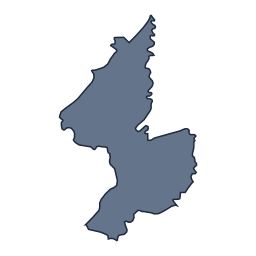 Pando, Canelones, Uruguay (Albers equal-area conic projection)
{"feature_id": "84410073B3129113216755", "entity_name": "Pando", "entity_type": "district", "adm_level": 2, "iso_a3": "URY", "parent_name": "Uruguay", "parent_adm1": "Canelones", "projection": "albers", "projection_center": [-55.95, -34.701], "detail": "fine", "context": "isolated", "style": "filled", "palette": "slate", "viewbox_px": 256, "rotation_deg": 0, "n_neighbors": 0, "source": "geoboundaries", "source_scale": "gbopen_adm2", "svg_char_len": 3552}
<svg xmlns="http://www.w3.org/2000/svg" viewBox="0 0 256 256"><path d="M108.3,239.0L109.3,238.7L110.6,238.4L113.3,238.6L115.4,239.7L116.8,240.6L117.3,240.2L117.5,238.7L118.0,236.8L118.8,235.5L120.5,234.9L124.0,234.4L126.5,232.2L127.1,230.2L126.3,227.8L125.1,224.5L124.5,222.0L126.4,221.2L128.4,222.2L130.8,222.1L132.7,220.7L134.0,217.6L133.7,214.4L137.9,210.4L139.8,210.5L142.1,211.6L144.2,211.5L146.2,212.0L150.8,212.7L154.4,213.9L158.7,213.6L164.4,210.7L171.5,206.3L175.4,205.1L176.9,205.6L173.4,201.3L172.9,199.9L173.4,199.5L174.6,199.4L178.8,199.2L179.9,198.4L180.5,192.5L185.3,192.4L187.8,188.4L191.5,183.5L193.2,181.9L192.7,181.1L191.9,179.9L191.3,178.2L191.0,176.4L191.7,174.9L192.3,173.7L193.5,173.8L195.5,173.5L196.2,172.3L194.5,170.1L193.5,168.3L194.6,167.0L196.5,165.3L196.5,163.6L195.1,162.0L194.7,159.3L194.2,157.2L192.6,156.2L192.4,153.9L193.8,147.8L193.9,141.8L194.9,140.6L194.1,139.5L194.2,138.0L195.9,136.0L194.5,134.6L190.3,134.6L189.4,133.4L188.9,132.4L189.2,131.0L188.7,129.6L187.3,128.8L184.8,128.8L180.0,130.9L158.8,136.8L154.3,138.1L150.9,140.3L147.8,140.2L147.7,133.6L145.7,133.6L144.9,133.1L145.0,131.9L146.1,130.8L147.6,130.0L148.2,129.0L148.0,127.6L148.1,126.6L146.8,125.9L145.6,125.8L139.8,131.0L138.1,131.5L136.8,130.7L135.8,129.6L135.6,127.9L138.0,124.9L144.0,119.8L150.4,110.4L151.1,108.3L151.1,104.1L151.7,102.5L152.2,101.7L152.3,100.4L151.4,99.3L149.2,98.6L147.5,98.6L146.7,97.7L146.6,96.5L148.0,96.0L149.3,96.1L150.8,95.3L151.9,93.8L151.6,93.1L150.8,92.5L149.4,92.5L148.6,92.3L148.1,91.5L148.2,90.6L149.0,89.7L150.7,88.0L152.2,86.1L153.1,83.3L152.4,80.9L150.4,78.7L148.9,76.6L149.8,74.1L150.7,72.5L150.0,70.3L148.9,68.8L147.5,68.4L145.4,68.0L145.2,65.9L145.9,63.6L147.9,60.6L149.0,58.7L148.9,56.3L150.5,55.5L152.7,55.5L153.9,55.3L153.3,54.1L152.0,52.8L149.6,51.7L147.4,50.7L147.3,49.0L149.7,47.1L151.1,46.9L152.6,46.2L153.0,45.9L154.2,44.4L154.3,42.2L151.8,40.1L150.3,38.7L150.1,37.4L150.3,36.0L151.2,35.5L152.3,35.7L153.4,35.9L154.5,35.6L154.5,34.7L153.6,33.5L152.9,32.9L152.2,31.5L151.7,30.6L152.0,29.7L153.0,28.8L154.4,28.5L155.2,27.8L155.4,26.4L154.8,25.4L153.0,24.4L152.2,23.7L151.4,22.8L151.1,21.9L151.2,21.1L151.9,20.8L152.9,20.8L154.1,20.8L154.4,20.8L154.6,19.8L154.0,19.1L153.3,18.3L152.5,17.4L151.8,16.3L151.2,15.4L150.4,15.7L149.7,18.2L148.2,21.1L143.6,27.2L136.8,34.8L129.1,42.6L124.4,38.0L123.5,37.3L115.2,37.5L114.4,37.6L114.3,39.2L115.1,41.0L115.0,43.3L114.5,44.1L112.8,44.2L111.8,44.3L110.9,45.0L110.8,45.7L112.2,46.5L113.4,47.5L114.6,48.2L115.5,49.0L116.7,49.9L116.7,50.8L116.0,52.2L114.6,53.2L110.5,58.9L107.7,64.1L103.7,67.3L99.1,68.9L95.7,69.9L94.1,70.3L92.7,70.1L91.7,70.6L92.0,71.5L92.9,72.8L93.7,73.8L94.0,77.9L92.0,82.2L87.4,87.3L77.6,98.9L73.4,102.5L65.2,108.5L61.1,111.8L59.8,115.6L59.7,116.4L59.5,117.0L60.2,118.1L62.9,120.1L62.5,121.2L61.4,122.4L61.4,125.5L61.7,127.3L61.9,128.5L62.6,129.3L63.8,130.0L64.9,129.6L66.2,128.3L67.2,127.8L69.7,127.7L71.4,128.4L73.5,130.7L74.6,133.5L74.5,135.5L74.5,137.3L74.0,138.7L73.4,139.8L73.8,140.7L75.5,142.6L79.0,144.9L84.9,145.9L90.6,146.8L92.2,148.0L93.2,149.1L94.5,149.5L95.4,148.9L96.7,146.7L98.5,146.2L103.2,146.9L105.5,147.0L107.3,147.8L107.6,150.9L108.3,152.8L109.7,153.6L109.8,155.0L110.0,155.7L110.2,157.3L109.5,161.1L110.1,164.1L114.7,168.8L115.0,170.1L116.0,174.6L117.4,180.5L116.7,185.4L114.4,187.3L110.2,189.3L105.5,193.9L101.2,199.4L99.7,202.9L99.7,207.6L99.0,210.3L92.8,217.3L85.5,224.8L86.4,224.7L86.8,226.0L88.6,229.4L95.7,231.0L100.5,232.1L106.6,234.6L108.0,236.0L108.3,239.0Z" fill="#64748b" stroke="#1e293b" stroke-width="1.5"/></svg>